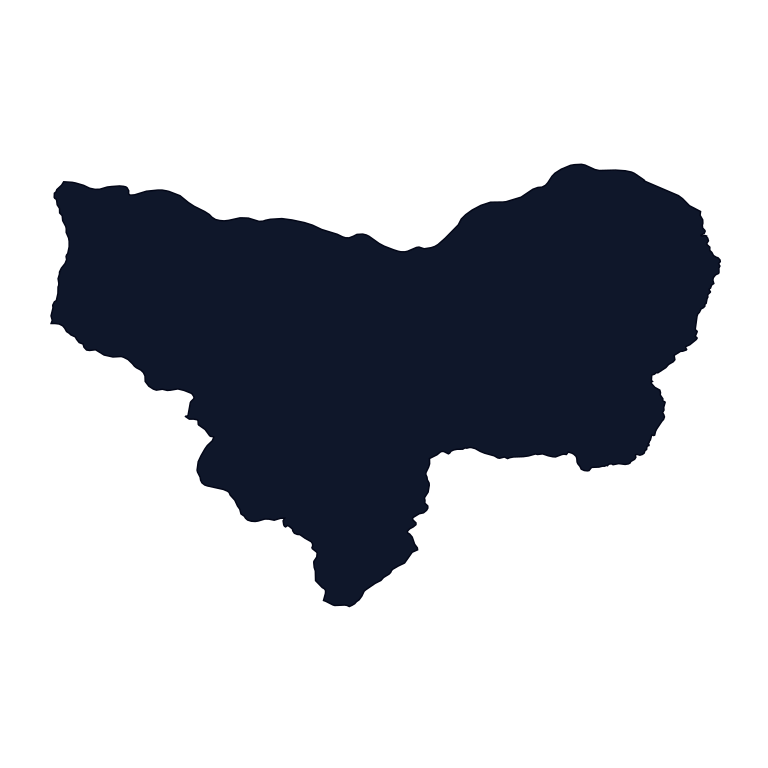 Concordia, Antioquia, Colombia, rotated 271°
{"feature_id": "7082276B53735822778308", "entity_name": "Concordia", "entity_type": "district", "adm_level": 2, "iso_a3": "COL", "parent_name": "Colombia", "parent_adm1": "Antioquia", "projection": "robinson", "projection_center": [-75.913, 6.06], "detail": "fine", "context": "isolated", "style": "filled", "palette": "ink", "viewbox_px": 768, "rotation_deg": 271, "n_neighbors": 0, "source": "geoboundaries", "source_scale": "gbopen_adm2", "svg_char_len": 6110}
<svg xmlns="http://www.w3.org/2000/svg" viewBox="0 0 768 768"><g transform="rotate(271 384 384)"><path d="M545.6,262.6L544.7,260.2L544.4,256.2L547.5,245.5L547.6,241.3L547.6,237.1L544.9,225.8L544.3,221.3L544.6,216.9L545.5,212.7L547.7,209.1L550.4,206.4L553.3,201.7L558.3,191.2L562.0,185.3L568.7,176.8L572.8,165.6L573.3,163.3L574.0,158.9L573.9,154.1L572.6,143.1L568.8,131.4L568.4,127.4L568.8,126.1L570.0,125.3L572.7,125.4L575.7,123.7L576.6,122.4L577.1,120.0L577.4,116.1L576.7,108.3L576.1,103.8L573.7,96.2L573.6,91.5L574.6,86.3L577.4,80.2L579.6,72.1L580.2,68.8L580.6,60.2L577.2,58.2L572.7,53.5L570.4,52.7L569.0,51.1L564.9,51.0L563.9,51.6L563.3,52.7L561.9,53.5L557.5,54.1L553.9,56.5L549.4,56.7L546.7,59.3L541.7,59.9L535.9,63.1L533.6,63.6L530.0,63.6L524.5,66.1L521.2,66.7L515.7,66.8L508.9,65.5L507.5,64.4L505.9,63.9L502.8,64.5L498.9,63.0L494.2,59.4L490.3,57.6L488.2,57.6L483.6,56.3L479.1,57.1L476.9,57.0L475.3,56.4L468.9,56.4L461.7,54.9L460.4,53.0L457.0,51.4L454.3,51.7L446.3,49.9L441.9,51.2L438.7,50.1L438.7,54.6L438.3,58.2L436.6,61.7L434.2,63.8L430.9,65.7L429.2,68.4L427.7,70.0L425.7,74.5L423.4,75.8L420.1,78.5L418.7,82.4L415.5,83.4L412.8,86.0L412.4,89.0L413.2,95.0L408.1,103.6L406.3,112.5L406.9,120.8L406.2,123.2L404.0,127.7L399.8,132.2L397.5,134.1L395.9,136.2L393.7,140.6L391.3,143.2L387.9,144.9L382.4,145.2L377.7,148.9L374.9,153.4L373.9,156.5L374.9,162.5L373.8,167.4L374.1,170.6L375.5,178.0L374.1,184.2L371.5,191.1L370.7,192.3L368.2,194.0L366.9,194.3L365.9,194.0L363.1,191.3L362.0,190.7L349.1,188.6L348.5,187.8L348.4,186.4L348.0,186.1L345.5,189.9L345.6,194.1L344.9,198.1L344.1,198.7L340.4,199.0L339.7,199.5L335.4,205.9L329.2,210.6L328.6,211.6L328.3,214.4L328.0,214.8L324.2,213.3L319.4,208.4L316.0,206.1L309.1,202.3L303.1,199.6L294.6,198.6L292.7,199.1L287.6,201.8L284.7,202.3L282.0,203.7L279.9,206.5L279.0,209.3L275.8,225.2L274.1,229.4L272.9,231.0L270.2,232.2L265.2,236.9L259.4,239.7L256.3,242.0L251.6,243.3L249.4,246.6L247.4,247.9L245.6,250.0L244.5,253.7L244.3,257.6L244.8,260.5L246.9,267.2L246.9,271.3L245.9,276.6L247.9,282.8L248.1,287.0L245.4,285.5L241.4,286.2L240.0,287.0L239.4,288.1L240.8,289.9L240.2,291.5L237.5,294.9L235.5,295.4L233.2,297.0L232.1,299.9L231.9,302.6L228.3,307.9L225.1,313.9L223.1,315.3L220.7,315.5L219.2,314.8L218.1,315.2L214.8,319.5L213.9,320.1L209.9,319.8L205.5,317.0L204.3,316.9L199.4,317.4L195.9,318.6L186.2,319.0L179.4,325.8L178.1,328.1L176.4,329.2L173.6,329.1L166.5,327.3L165.8,329.4L162.2,336.8L161.7,338.6L162.3,348.4L162.0,350.8L160.9,353.2L162.2,355.9L163.8,358.5L165.9,360.3L167.7,362.8L171.5,365.5L176.4,367.7L177.8,369.2L184.5,378.6L187.6,384.4L190.5,386.9L194.2,392.6L195.8,394.0L197.5,394.7L198.9,395.9L202.3,401.5L205.4,407.7L216.3,415.1L218.8,420.5L220.8,420.2L224.4,417.4L231.4,414.9L234.4,412.3L235.5,410.3L237.3,410.0L239.7,412.3L241.6,415.7L243.9,418.4L245.7,418.4L248.7,415.2L250.3,414.9L251.2,415.7L254.9,421.5L255.9,425.8L258.5,428.8L260.7,430.0L262.8,429.9L265.6,426.9L268.7,427.0L270.0,426.5L271.4,426.7L276.7,430.0L283.5,431.0L285.8,430.8L289.0,429.0L291.7,428.6L293.9,427.5L295.9,427.4L301.8,430.1L305.0,431.0L310.3,430.8L314.2,438.3L317.1,441.7L317.6,443.2L317.5,445.1L315.3,449.6L316.0,450.8L318.0,452.2L319.3,454.9L320.0,458.1L320.2,463.9L321.5,466.0L321.3,468.0L322.0,470.5L322.0,472.4L321.0,476.4L318.3,481.4L316.6,485.8L314.1,495.5L312.1,499.0L311.8,500.9L313.1,505.7L311.6,508.9L312.5,510.9L313.3,514.6L313.8,524.5L314.6,529.7L316.7,536.7L316.2,538.7L316.9,543.8L315.1,549.5L314.2,554.1L314.1,556.8L316.6,563.1L317.0,565.1L316.7,567.6L319.2,569.4L318.1,573.2L317.1,575.0L314.9,577.4L312.7,578.1L309.4,578.4L307.6,579.2L305.0,581.4L302.3,582.7L301.0,585.7L300.7,588.9L301.0,590.5L304.0,592.8L304.3,593.7L304.7,600.5L305.6,603.7L305.7,606.2L306.5,607.5L306.2,608.9L307.7,610.0L308.2,612.8L307.3,614.4L308.5,620.0L307.8,626.5L308.4,629.8L309.4,631.5L310.8,632.1L313.1,635.9L315.1,637.1L316.8,636.6L317.7,636.8L318.0,638.4L317.3,641.1L318.1,643.6L319.4,645.3L321.9,646.1L323.1,647.7L325.3,647.9L326.6,648.4L327.1,650.0L327.9,650.0L328.9,649.1L329.9,650.0L331.5,650.4L332.7,651.3L337.5,652.5L337.7,652.8L337.2,654.5L337.6,655.5L341.3,656.3L343.7,657.4L351.6,662.5L353.4,664.1L356.0,665.0L358.4,664.2L360.1,663.0L362.8,664.4L365.6,664.1L370.5,665.4L371.1,665.1L371.7,663.5L372.3,663.0L374.1,663.1L377.9,660.4L380.2,660.6L382.7,659.9L385.4,654.8L389.6,651.0L390.5,651.2L391.2,652.4L392.2,651.3L397.1,651.5L397.7,651.8L398.6,654.4L400.0,655.7L400.0,657.7L405.3,665.5L408.5,668.2L411.3,672.8L413.3,674.4L417.7,673.6L421.8,679.9L422.0,682.1L423.3,685.7L423.9,686.0L425.3,685.0L426.7,685.1L428.6,689.1L433.7,695.2L435.0,696.2L435.8,696.1L437.1,694.4L441.7,696.2L442.3,696.1L443.2,694.8L444.6,694.3L457.2,695.8L459.4,696.5L461.2,698.1L464.6,699.7L465.9,702.1L467.5,703.5L469.1,703.3L470.3,704.7L474.9,705.5L476.5,706.3L478.9,706.1L481.5,708.7L482.1,708.7L483.5,707.6L484.6,707.5L485.6,708.8L488.6,709.8L490.2,712.0L493.6,711.0L496.0,711.4L498.9,713.6L500.4,716.6L501.5,717.0L505.7,716.8L507.8,717.8L510.1,716.4L512.2,718.1L513.9,717.8L516.0,715.8L516.6,713.9L518.2,711.2L521.3,709.5L523.3,707.4L526.5,707.4L529.1,704.5L530.4,704.4L532.8,705.9L535.5,705.1L536.6,704.0L537.6,704.0L538.1,702.1L537.5,699.5L537.9,698.5L538.6,698.6L540.1,701.5L542.2,702.4L543.1,702.2L545.5,699.9L548.1,699.5L550.3,700.0L553.7,699.8L558.2,697.1L562.0,697.5L567.6,686.3L574.5,679.3L577.5,675.1L591.4,641.0L591.6,640.5L592.2,640.8L593.9,638.4L599.0,630.6L600.2,627.8L601.4,621.5L601.9,611.6L601.2,595.5L602.1,591.1L606.4,581.2L607.1,577.6L606.6,570.5L605.9,566.7L601.9,557.5L597.8,551.3L594.7,548.4L588.0,544.2L585.5,542.0L583.6,538.6L583.2,534.4L581.3,529.4L573.2,517.8L568.4,502.9L568.0,499.8L567.6,487.3L564.3,477.8L559.5,469.1L554.7,462.7L550.3,458.4L544.4,455.5L530.9,442.7L524.4,435.6L522.4,432.4L521.1,428.7L519.9,421.8L521.5,416.6L521.1,414.1L517.2,405.4L516.5,402.5L516.5,398.5L517.0,395.8L518.3,391.4L521.8,381.8L524.4,376.7L531.4,366.5L532.7,363.7L533.5,360.1L533.1,354.3L531.2,350.8L529.5,346.5L529.5,343.0L530.4,340.0L532.9,334.6L537.4,319.0L541.6,309.7L544.0,301.6L546.4,289.3L547.6,279.0L546.7,267.4L545.6,262.6Z" fill="#0f172a" stroke="#020617" stroke-width="1.5"/></g></svg>